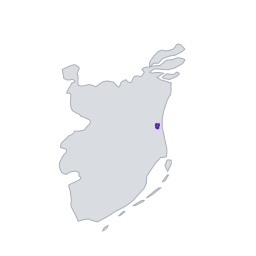 location of Haarlem, Noord-Holland, Netherlands, rotated 154°
{"feature_id": "6326949B1246311998557", "entity_name": "Haarlem", "entity_type": "district", "adm_level": 2, "iso_a3": "NLD", "parent_name": "Netherlands", "parent_adm1": "Noord-Holland", "projection": "robinson", "projection_center": [4.639, 52.384], "detail": "fine", "context": "in_parent", "style": "filled", "palette": "violet", "viewbox_px": 256, "rotation_deg": 154, "n_neighbors": 0, "source": "geoboundaries", "source_scale": "gbopen_adm2", "svg_char_len": 3767}
<svg xmlns="http://www.w3.org/2000/svg" viewBox="0 0 256 256"><g transform="rotate(154 128 128)"><path d="M161.5,209.4L156.9,209.3L152.6,209.2L150.3,208.9L147.9,208.1L146.8,206.3L145.5,204.2L145.8,202.9L149.8,199.1L150.4,198.1L150.0,197.6L150.4,195.9L153.4,190.4L153.8,188.2L152.4,186.6L150.4,185.7L144.0,184.1L140.9,181.7L139.4,179.7L138.0,179.2L135.9,179.8L130.5,180.6L126.2,179.5L121.0,175.7L119.8,172.3L119.2,169.6L117.9,168.7L116.2,170.1L114.0,172.2L109.7,172.5L108.5,172.0L108.3,170.8L108.0,169.7L106.8,168.3L105.6,167.5L100.1,171.4L98.1,171.4L95.5,169.9L94.2,168.4L91.4,169.3L88.9,171.1L89.8,174.5L88.4,175.1L85.3,174.8L81.8,173.4L77.8,172.6L71.9,170.2L63.6,172.1L57.9,169.8L53.1,169.6L50.1,167.8L46.9,164.7L49.2,162.6L51.4,161.9L60.2,161.5L66.5,162.8L78.0,169.5L80.9,169.4L83.9,168.6L82.4,166.8L79.5,165.9L75.3,164.1L71.9,161.5L79.8,160.7L78.7,159.4L77.7,157.2L69.3,149.4L70.8,147.3L72.9,142.7L75.5,139.0L77.6,138.0L81.1,135.3L88.6,127.5L93.3,121.1L96.9,113.6L102.1,92.8L103.6,89.2L106.1,85.3L109.2,86.1L111.4,87.2L119.1,84.2L132.2,76.5L136.1,69.9L139.9,66.8L154.9,60.7L163.3,58.9L176.1,58.5L185.4,57.4L196.6,57.0L200.9,60.7L203.4,63.5L207.4,65.0L213.6,66.0L213.3,71.4L213.5,82.0L213.1,83.9L210.4,88.4L207.6,96.5L206.8,101.7L206.0,102.8L194.2,102.7L192.5,103.6L192.3,104.8L192.9,106.2L192.7,107.5L191.7,108.6L192.3,110.4L194.3,112.4L198.1,113.6L202.1,113.7L204.1,113.5L205.7,114.9L207.2,117.1L207.1,119.9L206.6,123.6L204.7,127.0L199.3,131.0L196.9,132.3L194.6,133.1L193.5,134.1L193.0,135.4L193.2,136.6L197.1,139.8L197.0,140.5L195.9,142.1L194.4,143.7L184.4,146.9L180.3,146.7L177.9,148.3L177.2,148.6L174.6,147.1L168.7,145.4L166.5,146.0L165.3,146.9L161.6,148.1L159.0,149.8L159.0,152.1L163.7,158.0L165.4,159.2L165.5,161.4L167.8,164.1L170.1,167.6L170.4,169.8L170.1,172.0L169.0,175.2L165.0,182.6L164.9,184.0L165.3,185.1L166.7,185.4L167.7,186.0L167.4,187.0L159.9,192.1L158.9,193.0L155.7,192.7L155.2,193.6L155.7,195.0L156.9,196.2L159.6,196.8L162.0,198.1L163.9,200.7L161.5,209.4ZM81.8,173.4L81.1,175.5L79.3,177.9L73.4,181.3L67.2,183.5L64.0,183.3L61.8,182.1L60.6,180.9L57.3,179.7L52.7,179.1L49.9,180.4L47.8,181.6L46.0,181.4L44.7,180.4L43.7,178.8L42.4,173.9L45.8,173.0L53.2,172.7L58.9,174.4L66.4,175.2L72.1,172.9L76.6,174.9L81.8,173.4ZM69.4,153.4L73.8,156.5L74.7,157.5L75.0,158.5L69.5,159.8L63.6,156.0L59.6,156.9L58.2,155.1L58.2,154.0L62.2,153.0L69.4,153.4ZM111.3,78.0L106.9,82.0L104.2,80.9L103.4,80.0L104.8,76.8L111.3,71.6L111.3,78.0ZM130.7,60.1L126.6,60.6L124.7,59.8L134.6,57.6L140.9,56.9L142.1,57.2L130.7,60.1ZM157.4,56.0L148.7,56.9L145.7,56.2L145.2,55.6L147.6,55.2L155.0,55.1L157.3,55.7L157.4,56.0ZM121.1,64.5L112.9,68.7L112.2,68.0L117.5,64.4L121.1,64.5ZM192.9,49.0L188.8,49.2L190.0,47.7L193.7,46.6L195.8,46.6L192.9,49.0ZM175.2,53.1L169.0,55.0L167.5,54.6L167.9,54.0L173.3,52.8L175.2,53.1Z" fill="#d9dde1" stroke="#a8b0b8" stroke-width="1"/><path d="M98.8,118.1L99.0,118.1L99.3,118.2L99.5,118.2L99.8,118.1L100.0,118.2L100.3,118.3L100.2,118.3L100.1,118.5L100.3,118.7L100.3,118.8L100.4,119.0L100.4,119.3L100.5,119.4L100.8,119.4L101.3,119.1L101.8,118.8L101.9,118.7L102.0,118.6L102.0,118.4L101.9,118.3L101.8,117.9L101.8,117.7L101.8,117.4L102.0,117.3L102.1,117.2L102.3,117.0L102.4,116.9L102.5,116.7L102.3,116.7L102.2,116.5L101.9,116.5L101.8,116.3L102.0,116.1L101.9,116.0L101.6,115.9L101.9,115.6L101.9,115.4L102.0,115.4L102.2,115.2L102.3,115.2L102.2,115.0L102.2,114.9L101.9,114.9L101.8,114.7L101.7,114.6L101.4,114.5L101.2,114.5L101.1,114.4L100.9,114.4L100.7,114.5L100.6,114.8L100.5,115.0L100.4,115.1L100.2,115.3L99.9,115.5L99.8,115.9L99.7,116.0L99.6,116.3L99.6,116.5L99.4,116.6L99.2,116.6L99.0,116.8L98.9,116.8L98.7,116.8L98.6,117.0L98.6,117.3L98.6,117.5L98.8,117.6L98.7,117.8L98.8,117.8L98.9,118.0L98.8,118.1Z" fill="#8b5cf6" stroke="#5b21b6" stroke-width="1.5"/></g></svg>